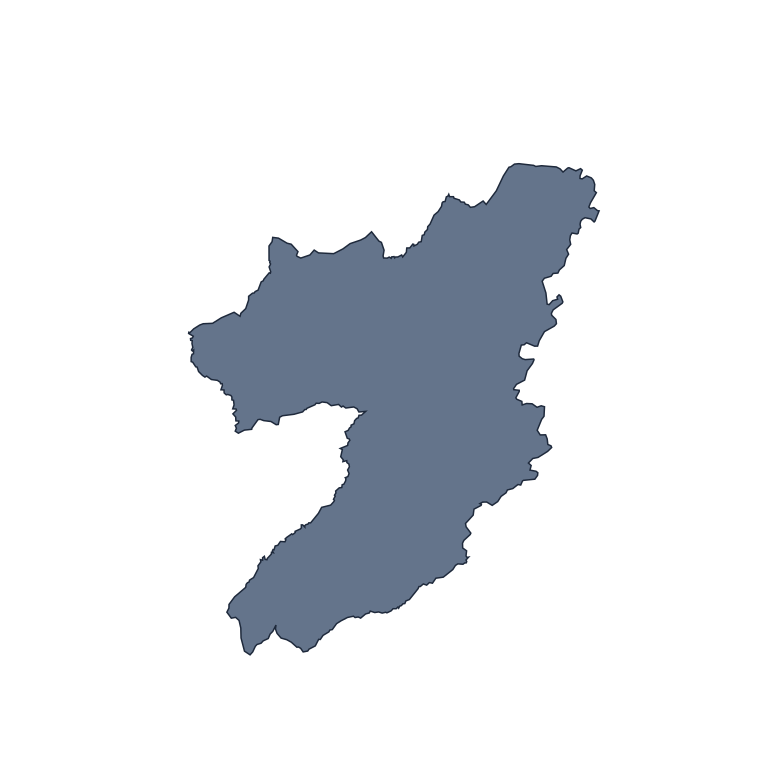 Mamants'o, Mafeteng, Lesotho (Equal Earth projection), rotated 42°
{"feature_id": "5366337B49454872209470", "entity_name": "Mamants'o", "entity_type": "district", "adm_level": 2, "iso_a3": "LSO", "parent_name": "Lesotho", "parent_adm1": "Mafeteng", "projection": "equal_earth", "projection_center": [27.358, -29.661], "detail": "fine", "context": "isolated", "style": "filled", "palette": "slate", "viewbox_px": 768, "rotation_deg": 42, "n_neighbors": 0, "source": "geoboundaries", "source_scale": "gbopen_adm2", "svg_char_len": 6146}
<svg xmlns="http://www.w3.org/2000/svg" viewBox="0 0 768 768"><g transform="rotate(42 384 384)"><path d="M562.7,456.1L561.8,457.3L560.0,456.9L557.0,452.7L552.2,453.2L548.9,449.8L548.0,446.7L548.8,438.2L548.3,436.7L540.6,435.2L537.9,433.1L538.0,421.7L534.6,416.8L537.4,409.3L536.9,408.2L535.3,408.7L536.3,405.8L539.3,403.0L545.6,401.8L547.2,395.3L546.2,389.2L547.5,383.2L546.6,380.2L549.7,375.5L550.8,369.1L553.2,367.6L551.8,363.4L552.1,362.3L559.8,353.8L559.3,349.2L557.7,347.0L555.4,347.1L550.1,350.3L547.9,346.1L544.2,346.1L544.4,339.8L547.6,335.5L550.7,324.5L551.1,319.0L549.5,318.2L546.2,319.3L542.0,315.6L538.1,313.6L534.2,317.3L528.8,315.9L524.8,304.7L524.5,300.9L518.5,293.5L515.4,295.0L513.3,298.9L507.3,299.6L503.0,303.1L500.7,307.1L498.1,304.7L492.8,306.5L491.2,306.0L489.5,299.1L488.7,298.2L484.2,301.4L483.4,300.7L482.7,295.6L485.9,287.0L481.5,278.4L480.6,269.4L479.3,265.6L478.5,265.3L472.6,271.4L469.8,272.7L465.8,272.9L463.9,271.1L460.0,263.2L461.9,261.0L462.3,258.0L470.6,255.1L472.8,253.1L470.4,247.9L468.2,237.7L471.8,227.0L471.8,223.8L468.6,221.0L462.6,220.7L461.1,219.4L460.1,215.7L462.4,204.8L462.0,203.3L456.6,200.5L454.4,200.6L454.3,203.6L456.3,204.8L453.6,209.2L453.6,214.5L451.8,215.5L443.4,208.0L432.8,201.8L432.4,198.1L436.1,192.1L435.7,188.7L439.0,185.2L438.0,181.8L438.7,175.4L435.1,168.9L434.3,164.0L429.8,161.9L429.3,155.3L425.6,152.6L423.3,149.1L422.7,146.0L427.1,143.3L427.4,142.0L425.3,138.4L425.5,136.1L422.8,134.1L421.3,131.5L421.1,128.9L422.1,125.9L427.3,122.9L431.7,123.0L431.8,121.8L428.0,111.4L426.7,112.3L421.9,112.5L419.8,115.6L417.8,115.4L416.2,111.1L413.8,99.7L410.9,99.7L407.1,94.7L403.3,92.5L400.2,92.1L395.4,93.8L394.0,99.0L392.1,100.1L390.4,98.1L388.3,92.4L386.0,92.4L384.0,97.2L376.7,99.5L376.0,100.6L375.2,106.7L370.9,106.3L366.8,107.4L355.0,116.4L351.2,120.8L348.9,121.4L336.8,130.0L333.8,133.3L332.9,137.7L331.8,139.3L333.5,149.5L338.2,165.3L339.8,182.2L335.2,181.7L332.7,191.6L330.0,194.9L326.7,194.5L324.1,195.9L322.0,195.2L319.3,197.3L316.8,196.8L311.8,199.1L310.3,198.3L307.4,200.9L305.2,199.7L305.8,201.7L305.1,203.2L307.3,207.5L306.0,209.0L306.0,210.5L307.9,213.5L308.9,219.7L308.2,225.0L311.2,234.3L311.2,237.8L312.9,240.1L312.7,243.8L314.0,246.1L313.0,248.0L316.4,253.3L314.9,255.4L315.3,257.8L313.9,261.4L312.7,260.3L311.8,260.7L312.1,265.6L309.9,267.7L312.5,271.2L312.9,277.1L310.8,276.3L309.3,280.3L307.5,282.0L307.6,283.1L306.2,282.6L304.6,284.5L305.2,285.8L302.9,286.2L302.2,288.3L299.4,290.6L297.7,289.5L294.5,284.5L287.3,280.5L284.6,281.2L272.9,279.2L272.2,287.6L270.3,292.7L264.9,302.3L263.1,311.0L259.4,320.8L247.6,330.4L242.5,331.2L242.6,337.7L237.9,346.1L233.9,347.3L232.8,346.8L231.5,343.2L221.5,342.2L217.8,344.2L208.0,346.2L203.2,349.5L205.6,353.1L206.2,358.4L215.9,369.1L217.1,369.0L217.9,370.3L219.4,370.7L220.3,373.9L224.7,376.4L225.4,377.7L224.3,378.2L224.6,386.5L225.2,388.1L224.4,390.3L227.6,398.5L226.4,401.5L226.6,403.3L225.5,404.5L224.7,409.4L227.2,412.2L230.8,420.5L230.3,427.2L231.7,430.0L224.6,431.0L218.8,443.7L216.0,453.6L209.3,460.2L207.6,463.5L205.7,470.2L205.4,475.6L204.3,476.1L205.0,477.2L210.3,476.1L210.8,478.0L209.8,479.7L211.1,480.9L212.5,480.1L214.3,482.5L217.4,484.7L218.2,487.5L219.5,487.7L219.8,486.1L222.2,489.0L221.5,490.4L222.9,493.3L225.7,496.4L227.3,495.8L232.6,497.2L233.8,496.5L237.9,498.8L243.3,499.1L246.3,498.7L246.9,496.8L252.7,496.2L257.7,492.8L261.0,492.3L262.4,493.1L263.5,492.0L264.9,493.2L266.7,497.4L269.1,495.5L271.2,497.6L274.0,497.6L274.9,496.3L277.8,495.0L279.6,495.4L281.6,497.6L283.1,496.8L286.6,499.9L288.2,503.7L290.8,501.6L292.0,502.2L291.7,507.3L295.9,507.8L298.6,510.5L300.9,508.7L302.0,510.3L301.2,514.4L303.9,515.6L305.0,518.6L308.7,518.0L311.1,511.7L316.0,506.2L315.3,505.0L314.2,494.8L315.6,493.1L319.1,491.7L325.1,487.5L331.1,486.4L332.5,484.8L328.7,478.5L329.8,475.5L337.4,466.7L342.2,459.2L342.2,456.0L343.2,455.1L343.0,453.6L346.6,445.6L346.4,443.7L348.8,441.8L350.0,438.8L354.2,435.9L359.3,435.4L363.9,429.6L367.8,429.6L368.3,427.8L371.7,427.4L376.9,421.3L380.6,420.4L384.1,421.6L388.7,416.6L388.1,422.2L386.3,424.0L387.5,426.4L386.7,427.9L386.7,430.9L388.3,433.7L387.1,436.6L388.2,437.9L387.8,439.8L388.4,442.5L387.0,445.6L393.0,448.9L394.9,448.1L396.3,448.7L396.6,451.8L398.1,454.0L394.6,461.2L396.9,460.6L400.5,467.0L404.4,467.6L405.4,469.2L407.6,465.9L409.0,467.2L411.5,467.0L413.7,468.7L414.5,472.3L417.9,473.9L419.1,476.9L417.9,479.6L419.0,479.8L420.3,481.7L421.2,485.4L420.3,486.8L421.9,489.2L420.2,491.1L419.7,495.9L421.2,497.2L421.6,499.8L422.8,500.0L423.6,503.5L425.0,503.6L425.4,504.9L425.4,509.7L420.2,517.4L421.8,524.0L422.4,536.3L421.0,537.5L421.2,539.1L420.1,540.7L419.9,542.3L420.9,543.3L417.8,543.1L416.8,544.0L418.8,546.2L418.9,547.5L416.5,553.0L417.4,553.8L417.2,555.5L416.8,557.0L415.7,557.1L414.3,563.3L414.2,565.3L415.3,565.4L416.0,567.5L412.4,570.3L413.0,574.9L411.5,577.2L413.2,580.8L412.3,581.3L412.8,582.8L414.7,583.4L413.0,584.4L414.1,585.9L414.0,591.6L414.6,592.9L413.0,593.9L410.4,592.1L410.0,594.3L411.7,596.2L409.7,597.2L411.5,598.6L412.0,603.5L414.0,605.2L416.6,615.1L415.3,619.7L416.2,621.4L415.5,623.1L415.6,625.1L417.3,627.7L415.4,642.1L416.3,651.5L418.7,654.3L419.9,658.7L427.2,660.2L429.9,656.7L434.5,656.7L440.9,661.2L447.7,668.4L459.1,675.9L465.7,674.9L465.7,670.9L463.9,665.0L463.9,662.6L466.1,658.9L466.1,655.7L468.3,650.6L466.7,646.0L466.9,642.3L465.0,635.4L467.3,638.7L471.4,640.9L477.5,641.7L482.8,639.1L487.9,637.9L495.4,637.9L496.4,636.7L498.9,636.2L503.2,637.2L506.0,633.5L505.7,631.2L508.2,624.6L506.3,617.5L507.6,616.5L506.9,611.6L508.9,605.1L508.4,603.1L509.9,601.1L509.1,593.8L510.5,588.8L513.1,581.9L516.7,577.0L518.8,576.9L520.7,574.4L523.3,573.6L524.2,567.2L526.3,563.9L525.7,562.0L530.1,560.0L532.5,557.0L535.9,555.5L538.0,552.5L539.3,552.1L541.1,547.8L541.1,544.9L543.4,542.9L543.6,540.5L544.9,540.8L544.3,538.6L545.2,537.0L545.1,534.8L546.4,533.2L545.4,530.6L547.1,527.2L546.3,513.4L545.5,511.1L546.5,510.2L547.0,506.3L550.3,504.9L550.6,501.2L553.3,499.6L552.5,493.6L557.3,487.9L559.3,475.8L558.5,471.1L559.2,468.3L563.3,465.1L563.7,463.0L564.8,461.9L564.3,460.6L562.7,459.9L562.7,456.1Z" fill="#64748b" stroke="#1e293b" stroke-width="1.5"/></g></svg>